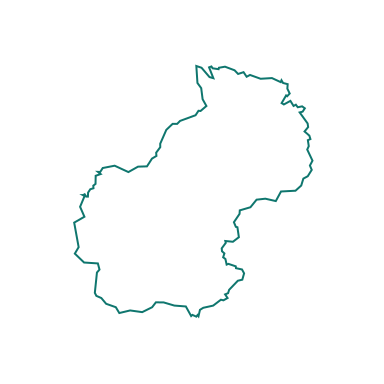 Bosomtwe, Ashanti, Ghana, rotated 119°
{"feature_id": "2480657B90441463194933", "entity_name": "Bosomtwe", "entity_type": "district", "adm_level": 2, "iso_a3": "GHA", "parent_name": "Ghana", "parent_adm1": "Ashanti", "projection": "robinson", "projection_center": [-1.515, 6.558], "detail": "medium", "context": "isolated", "style": "outline", "palette": "teal", "viewbox_px": 384, "rotation_deg": 119, "n_neighbors": 0, "source": "geoboundaries", "source_scale": "gbopen_adm2", "svg_char_len": 1917}
<svg xmlns="http://www.w3.org/2000/svg" viewBox="0 0 384 384"><g transform="rotate(119 192 192)"><path d="M66.4,223.9L70.3,228.7L71.7,228.3L73.8,233.9L72.8,235.9L74.7,237.5L82.1,228.5L83.0,232.4L78.7,243.9L79.7,249.3L94.0,240.1L96.7,234.3L105.7,227.7L109.8,221.1L117.0,223.8L117.8,225.7L123.1,226.1L135.6,236.9L139.6,238.0L141.8,242.0L150.1,244.6L165.2,243.2L168.2,241.5L175.0,242.4L177.7,240.6L182.2,243.2L191.4,243.8L196.0,251.5L205.4,257.3L206.5,272.4L214.3,281.7L219.0,282.0L220.0,284.0L220.6,280.6L224.5,284.1L231.7,280.3L234.3,281.4L236.5,280.0L238.9,282.3L242.9,282.6L246.5,280.8L247.3,282.3L245.6,285.6L246.6,284.4L247.6,286.0L247.6,284.0L259.2,282.7L265.8,274.1L275.9,280.2L295.2,264.4L302.7,264.6L306.0,252.2L300.1,239.7L304.7,235.3L308.5,236.1L327.3,228.1L329.2,225.3L328.7,219.9L331.4,212.9L329.7,202.8L333.1,196.9L325.6,188.7L321.2,177.3L312.1,171.0L306.0,170.1L302.3,163.2L299.9,152.4L295.1,141.9L300.9,132.6L299.3,132.1L298.9,127.8L296.9,127.5L297.5,126.1L291.2,127.9L287.8,126.0L281.1,118.4L272.2,114.5L271.5,112.0L267.5,109.5L265.5,113.4L263.0,111.4L259.5,112.1L247.4,108.9L244.3,105.5L237.9,107.0L235.5,110.7L237.3,116.6L235.8,117.7L237.2,125.3L238.7,126.5L234.4,130.3L234.0,133.1L230.0,133.9L229.3,137.0L226.9,138.7L220.1,137.8L218.7,139.1L215.7,132.1L208.8,129.1L200.8,135.2L201.2,136.8L198.1,140.7L188.1,139.8L184.9,141.3L177.0,133.5L167.4,131.8L162.3,124.6L159.3,114.3L148.4,114.4L140.7,102.1L133.4,99.6L126.3,101.1L122.1,98.4L114.6,98.0L111.7,101.7L106.2,101.8L99.0,111.8L95.3,112.1L90.5,115.8L88.3,114.1L85.8,116.7L84.5,122.9L78.9,121.9L76.0,124.1L70.2,136.4L68.1,134.2L64.1,133.9L63.7,137.2L66.6,140.6L65.3,143.5L67.5,144.9L64.6,150.1L70.9,154.1L70.8,156.7L61.9,156.5L62.1,155.2L58.5,154.3L55.4,158.7L51.3,160.6L52.5,165.2L50.9,167.9L52.9,167.7L53.6,177.3L59.7,186.9L61.5,198.0L64.7,200.1L62.2,205.0L66.4,208.9L64.9,213.8L66.4,223.9Z" fill="none" stroke="#0f766e" stroke-width="2"/></g></svg>